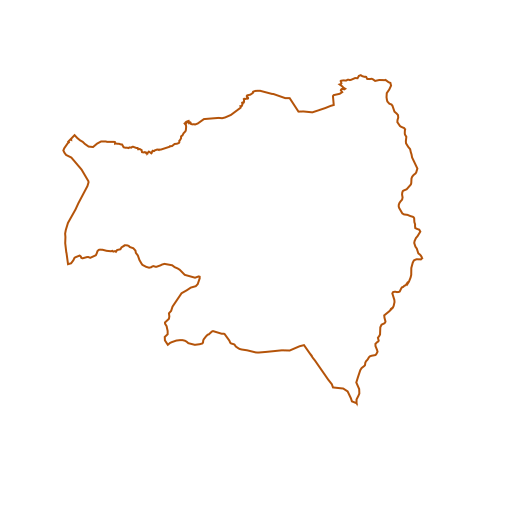 outline of Empat Lawang, Sumatera Selatan, Indonesia, rotated 252°
{"feature_id": "22746128B47089116764549", "entity_name": "Empat Lawang", "entity_type": "district", "adm_level": 2, "iso_a3": "IDN", "parent_name": "Indonesia", "parent_adm1": "Sumatera Selatan", "projection": "albers", "projection_center": [102.962, -3.717], "detail": "fine", "context": "isolated", "style": "outline", "palette": "amber", "viewbox_px": 512, "rotation_deg": 252, "n_neighbors": 0, "source": "geoboundaries", "source_scale": "gbopen_adm2", "svg_char_len": 6098}
<svg xmlns="http://www.w3.org/2000/svg" viewBox="0 0 512 512"><g transform="rotate(252 256 256)"><path d="M317.4,76.7L306.3,74.7L306.2,77.9L308.4,81.0L310.3,82.8L310.6,83.8L310.9,88.4L309.7,89.2L308.2,89.3L307.4,90.3L307.2,94.9L306.9,96.1L305.5,97.8L306.2,103.9L307.9,105.5L309.6,106.7L310.4,108.3L310.3,109.4L309.4,111.9L307.1,115.5L305.3,119.6L305.3,121.0L304.3,121.6L304.2,123.5L303.3,124.1L304.6,125.8L304.3,129.1L305.8,130.8L306.3,133.3L306.5,133.3L306.8,134.5L305.9,136.8L304.9,138.1L303.7,138.6L303.2,139.2L301.3,141.7L298.4,143.0L296.1,142.7L293.0,143.8L288.2,143.9L284.4,144.7L282.7,145.2L279.7,148.1L277.9,150.7L277.7,152.9L278.1,154.1L278.1,155.3L276.7,157.3L276.5,157.9L276.6,162.3L276.9,163.9L276.8,166.5L273.1,173.4L270.5,175.2L268.4,177.6L266.5,179.2L260.1,182.4L254.2,191.3L254.3,195.2L253.7,196.0L252.1,195.5L247.3,191.9L245.9,189.4L246.1,184.3L244.8,179.6L243.6,173.7L233.7,161.0L230.0,158.3L228.4,155.5L225.3,154.9L223.2,153.8L220.9,148.9L219.7,148.6L216.8,149.3L215.2,149.1L212.0,148.8L208.9,147.8L207.2,144.2L203.9,143.3L198.8,144.7L199.9,147.4L200.1,149.3L200.2,154.1L199.5,157.6L198.7,160.1L197.4,162.2L196.0,163.5L194.0,164.7L190.4,170.4L189.5,175.3L189.4,177.9L190.0,178.8L192.1,179.8L192.9,180.5L195.0,183.6L196.1,185.7L196.0,186.8L197.7,190.5L197.9,191.3L197.8,192.0L192.7,199.3L192.0,201.4L191.5,202.0L183.8,204.5L181.5,204.7L180.5,205.3L178.9,207.7L178.3,208.2L176.2,208.8L174.2,210.3L172.7,211.6L171.5,213.5L169.0,218.5L164.3,226.1L163.4,228.5L161.5,236.7L158.3,251.5L155.7,258.8L156.7,269.6L156.4,274.1L144.0,277.9L144.4,278.0L143.9,278.2L143.2,278.1L141.5,278.6L138.3,279.8L116.3,286.4L110.6,288.5L107.2,288.6L103.0,298.0L98.9,301.3L91.3,302.3L88.1,302.3L85.0,306.1L85.7,306.1L85.2,306.2L88.5,307.3L91.4,310.2L93.3,311.8L97.6,313.0L104.7,312.3L109.1,315.4L115.2,319.9L116.8,321.8L118.0,325.1L118.5,325.9L120.9,327.1L122.1,328.4L122.6,329.5L123.4,330.6L124.7,332.0L125.4,333.4L125.4,335.2L124.9,338.8L125.0,339.3L125.8,340.4L127.4,342.0L129.2,342.1L133.4,341.8L135.5,342.4L136.6,344.5L136.8,345.5L137.5,346.5L140.6,346.7L141.6,348.2L143.0,349.7L149.8,352.2L151.9,354.2L152.3,357.3L152.9,358.3L153.7,358.9L157.6,359.1L159.9,359.6L162.3,365.8L163.6,368.3L163.7,367.7L164.0,368.0L164.7,370.2L166.0,371.5L169.4,373.5L171.4,374.0L178.3,374.1L179.3,375.2L179.1,377.2L178.1,378.9L177.7,380.5L177.8,381.7L180.2,384.0L181.1,385.1L181.1,386.4L181.9,388.0L181.9,389.3L183.5,391.4L182.6,391.4L184.3,393.5L187.8,396.4L190.1,397.8L196.6,400.0L201.2,403.0L202.7,404.5L203.1,405.1L203.3,407.7L201.8,411.8L202.5,413.2L202.8,413.0L203.5,413.3L205.4,412.9L206.6,412.4L208.3,411.2L213.4,411.2L215.6,410.5L219.5,410.5L221.3,411.5L223.7,413.7L224.9,415.7L228.4,419.8L230.6,419.4L232.0,417.5L233.4,416.1L235.3,416.5L237.0,417.1L239.3,417.1L243.1,418.1L244.2,417.8L244.8,417.3L246.3,415.1L248.3,412.8L249.8,409.6L251.3,408.3L257.4,407.0L258.8,407.0L260.4,407.5L261.9,408.6L263.1,410.1L264.5,412.4L266.4,413.5L269.3,413.9L271.1,414.7L272.3,415.6L272.6,416.3L272.9,419.9L275.8,424.8L276.3,425.5L277.4,426.2L281.6,427.8L282.9,428.8L283.4,429.4L284.4,431.0L285.2,433.2L286.0,434.2L289.3,436.5L301.5,434.9L304.5,435.3L306.9,435.3L310.0,435.6L312.7,434.5L316.8,433.5L318.9,434.0L322.9,435.8L325.5,435.2L326.7,435.4L329.2,436.3L330.4,437.0L330.8,436.7L331.8,436.5L334.0,434.0L335.1,433.1L339.6,431.8L341.6,432.6L343.6,434.0L346.1,434.6L348.0,433.8L350.5,432.3L356.9,432.2L357.1,432.0L358.2,431.7L359.6,429.9L362.3,428.7L362.7,428.7L364.3,428.8L366.7,429.2L370.5,430.7L373.1,434.1L376.3,437.1L379.1,437.3L380.3,435.8L383.3,433.7L383.2,433.5L385.3,427.6L385.7,423.4L387.9,421.8L388.8,420.8L389.1,419.0L390.0,416.5L392.3,416.1L392.8,415.2L392.8,414.7L394.2,412.6L395.6,411.5L395.5,409.5L393.7,407.5L394.6,405.3L394.2,400.9L394.3,399.6L395.0,398.6L395.3,397.6L395.0,395.9L396.0,393.4L396.4,391.0L396.2,390.6L393.8,390.6L393.3,389.8L393.3,388.6L390.6,390.5L389.1,391.1L387.5,392.5L387.2,391.5L387.8,390.6L388.3,389.2L388.0,388.4L387.4,387.9L385.2,388.6L384.4,385.7L385.0,379.6L384.3,378.6L375.6,376.6L375.7,373.3L375.3,367.6L375.2,354.0L378.8,345.8L380.2,341.0L395.7,336.8L397.1,332.6L404.7,322.6L405.2,321.3L411.9,310.9L413.1,306.9L413.2,305.5L413.1,304.0L412.3,303.7L412.0,303.2L411.2,300.5L411.5,297.3L411.1,296.7L410.9,296.6L410.4,296.6L409.3,297.2L408.8,297.3L408.3,297.1L408.2,296.7L408.7,296.3L408.8,296.0L408.5,294.8L409.2,293.4L409.0,292.9L408.4,292.9L406.4,292.3L405.8,291.8L405.6,291.5L406.2,290.6L406.1,290.2L404.3,289.9L403.1,288.8L403.3,287.5L402.3,287.5L401.8,287.2L397.9,275.7L397.3,269.4L397.5,266.4L398.9,263.1L402.3,248.8L400.0,241.5L399.9,238.6L400.5,237.8L400.8,236.3L401.6,235.0L402.1,234.7L403.0,235.0L403.3,234.9L403.3,234.1L403.5,233.7L403.2,233.3L403.6,233.2L404.6,233.7L405.3,233.7L405.3,232.5L404.8,231.9L404.4,232.1L404.5,231.2L403.8,230.6L403.9,230.4L404.4,230.7L405.0,230.7L404.9,230.4L404.3,229.8L404.1,229.1L402.1,229.8L400.5,229.5L397.4,228.2L396.4,227.4L395.1,225.0L393.3,223.2L393.2,222.2L392.7,221.6L391.1,221.1L389.6,219.4L389.3,218.7L387.8,218.2L387.3,217.5L387.2,215.5L387.7,213.2L386.5,210.1L387.0,208.0L386.6,207.6L386.6,198.3L387.2,196.5L386.9,196.3L387.8,195.0L387.7,192.1L387.3,191.6L387.3,191.2L388.0,190.2L387.1,189.2L386.3,188.7L386.0,188.2L387.9,186.9L388.4,186.3L387.1,184.3L387.7,184.4L388.2,183.7L387.3,183.9L387.4,183.5L388.0,183.3L389.0,182.4L389.3,180.9L390.0,179.7L392.2,179.9L392.7,179.3L393.7,178.5L393.9,176.9L395.3,176.8L395.7,175.6L398.0,172.7L397.9,171.4L397.6,171.0L398.4,169.1L398.0,168.2L398.9,166.7L399.3,165.3L400.3,163.7L403.4,163.1L404.1,161.6L405.0,160.5L405.8,158.4L406.5,157.3L406.4,156.7L408.0,157.0L408.5,156.1L410.6,149.6L411.3,148.6L412.8,144.1L412.0,139.6L410.0,134.7L411.8,130.6L415.6,127.8L418.1,126.5L420.4,124.4L423.4,122.5L427.0,120.8L424.7,116.5L423.7,116.2L424.3,115.7L423.0,113.2L423.0,112.8L422.9,113.0L422.8,112.8L421.9,113.1L421.5,111.9L417.7,106.9L415.9,105.4L413.5,105.7L410.8,106.6L406.7,110.8L392.1,116.8L379.0,119.7L377.8,119.5L374.6,117.3L361.1,103.4L356.0,98.7L345.6,87.4L339.6,83.2L336.3,81.4L332.9,80.6L327.1,78.5L317.6,76.6L317.9,76.2L317.4,76.7Z" fill="none" stroke="#b45309" stroke-width="2"/></g></svg>